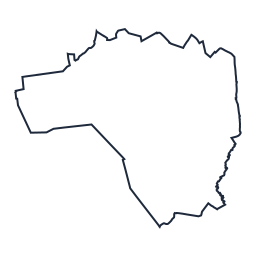 the district of Veldhoven, Noord-Brabant, Netherlands
{"feature_id": "6326949B72030349627304", "entity_name": "Veldhoven", "entity_type": "district", "adm_level": 2, "iso_a3": "NLD", "parent_name": "Netherlands", "parent_adm1": "Noord-Brabant", "projection": "albers", "projection_center": [5.404, 51.408], "detail": "fine", "context": "isolated", "style": "outline", "palette": "slate", "viewbox_px": 256, "rotation_deg": 0, "n_neighbors": 0, "source": "geoboundaries", "source_scale": "gbopen_adm2", "svg_char_len": 5402}
<svg xmlns="http://www.w3.org/2000/svg" viewBox="0 0 256 256"><path d="M159.7,226.9L159.9,226.4L160.1,226.0L160.5,225.4L160.8,225.1L161.3,224.7L162.1,224.2L163.1,223.6L163.6,223.3L163.9,223.3L164.1,223.3L164.4,223.3L165.0,223.6L165.7,223.9L166.2,224.0L166.8,224.0L167.3,224.0L167.8,223.9L168.1,223.7L168.6,223.3L170.4,221.6L170.9,221.0L171.1,220.9L171.5,220.4L171.5,220.2L172.2,219.1L172.6,218.7L173.7,217.7L174.0,217.4L174.1,216.9L174.2,216.3L174.2,214.1L174.3,213.8L174.4,213.6L174.8,213.0L176.0,213.3L176.3,213.2L176.5,213.0L178.2,213.1L182.6,213.7L186.6,214.4L198.5,216.3L201.1,215.4L201.4,214.5L202.0,211.7L208.3,203.3L211.5,205.8L212.7,206.3L213.9,207.3L214.3,207.5L215.4,208.1L217.2,209.3L217.8,208.7L225.1,204.7L224.8,204.4L224.5,204.1L224.2,203.5L223.9,203.2L223.6,203.0L223.3,202.5L223.3,202.3L223.4,202.2L224.3,201.6L224.5,201.5L224.5,201.4L224.3,201.2L223.8,201.0L223.3,200.5L223.2,200.5L222.9,200.6L222.5,200.5L222.3,200.3L221.9,199.9L221.8,199.7L221.9,199.4L223.2,197.9L223.4,197.5L223.3,197.4L223.2,197.4L222.8,197.5L222.4,197.9L222.2,198.3L221.8,198.3L221.6,198.1L221.6,197.9L221.8,197.5L222.4,196.8L222.8,196.3L223.0,196.0L223.0,195.9L222.8,195.8L222.6,195.8L221.8,196.0L221.4,196.0L220.7,195.6L220.4,195.3L220.2,195.0L220.9,194.7L220.9,194.4L220.3,193.4L220.0,192.8L219.8,192.8L219.5,193.0L219.4,193.1L219.1,193.1L218.9,193.0L218.7,192.8L218.4,192.5L218.1,191.8L217.8,191.4L217.1,190.9L216.8,190.7L216.7,190.4L216.7,189.4L216.7,189.2L216.8,189.1L217.8,188.6L218.0,188.2L218.1,187.9L218.2,187.6L218.1,187.3L218.0,187.0L217.9,186.9L217.5,186.8L216.3,186.9L216.2,186.8L216.1,186.7L216.4,186.2L216.5,186.0L217.1,185.5L217.6,185.1L217.7,184.9L217.7,184.7L216.9,183.7L216.8,183.4L217.3,182.7L217.8,181.7L218.0,181.4L218.8,181.4L219.0,181.3L219.2,181.0L219.5,180.3L219.6,180.2L219.8,180.1L220.0,179.9L220.2,179.4L220.5,178.8L221.2,178.2L221.3,178.2L221.4,177.9L221.3,177.6L220.4,177.6L220.2,177.4L220.2,177.2L220.5,177.0L223.5,175.6L224.1,175.3L224.3,174.9L224.5,173.9L224.3,173.1L224.3,172.6L224.5,172.2L225.1,171.5L225.3,171.2L225.3,170.9L225.5,170.5L225.7,170.3L226.1,170.0L226.5,169.5L227.2,168.2L227.0,167.9L226.8,167.9L226.4,168.1L225.9,168.1L225.6,168.1L225.5,167.8L225.4,167.5L225.5,167.2L225.7,166.8L225.8,166.4L225.5,165.9L225.3,165.6L225.3,165.4L225.4,165.1L225.8,164.7L225.7,164.0L225.3,162.8L225.3,162.7L227.2,160.2L228.1,159.5L228.5,159.1L228.7,158.6L229.0,157.5L229.0,157.3L228.9,157.3L228.1,157.1L227.9,157.0L227.8,156.8L227.8,156.6L228.2,156.2L228.5,156.1L229.1,155.9L229.3,155.7L229.6,155.5L229.8,155.1L229.7,154.9L228.9,155.0L228.8,154.9L228.7,154.8L228.7,154.3L228.7,153.9L228.8,153.4L229.1,153.1L230.1,151.8L230.7,150.7L231.1,150.0L231.2,149.9L231.6,149.9L232.1,150.1L232.5,149.9L232.5,148.9L232.5,148.7L232.6,148.4L232.8,147.9L234.1,146.8L234.5,146.3L234.8,145.9L234.3,145.1L234.4,144.8L235.0,144.5L235.4,144.2L235.6,143.9L235.1,143.2L234.6,142.6L234.4,142.3L232.8,139.8L231.5,137.9L236.1,136.7L236.7,136.5L238.3,135.8L238.8,135.4L239.5,134.8L239.9,134.3L240.4,133.5L240.6,133.1L240.6,132.7L240.6,132.3L240.5,132.0L240.4,131.9L240.1,131.8L240.0,131.6L239.9,131.1L239.8,130.2L239.8,128.8L240.0,127.0L239.9,125.3L240.0,124.6L240.0,124.0L239.7,120.1L239.8,119.9L239.7,119.8L239.7,119.2L239.7,118.8L239.6,118.5L239.5,118.2L239.4,116.6L239.5,116.4L239.7,116.2L239.8,116.2L239.8,115.7L239.5,115.6L239.4,115.5L239.4,115.4L238.8,112.0L238.2,106.8L237.9,105.4L238.0,104.9L237.9,104.7L237.7,104.1L237.6,103.6L236.9,102.2L236.7,101.7L236.2,99.4L235.8,99.3L235.7,98.1L236.3,98.0L236.4,97.5L236.4,97.3L236.2,94.9L236.2,94.4L236.3,93.8L236.5,92.7L236.7,91.3L236.7,90.4L236.7,88.5L236.5,85.8L236.4,84.2L236.5,83.7L236.6,83.0L236.8,82.8L236.8,82.0L236.7,82.0L236.3,81.8L236.3,81.7L236.0,76.8L235.6,73.4L235.6,72.3L235.2,67.8L234.8,65.1L234.7,63.9L234.6,61.8L234.6,60.2L234.5,58.1L234.4,57.0L234.3,56.7L234.0,56.5L232.0,54.3L231.2,53.6L228.9,52.3L228.3,52.1L224.9,50.4L222.7,49.1L221.0,48.3L219.8,48.5L219.5,48.7L215.6,52.6L214.7,51.9L210.3,57.1L205.5,53.1L202.8,41.3L201.5,41.9L199.4,43.2L197.4,39.9L196.8,39.2L196.2,38.5L195.3,37.7L194.1,36.7L193.8,36.5L191.9,35.1L191.4,34.8L187.9,40.6L187.6,40.9L187.0,41.6L184.7,45.1L183.8,46.7L183.2,47.9L171.6,43.9L171.0,43.7L170.7,43.4L170.1,42.9L169.8,43.0L169.4,42.8L169.2,42.6L169.1,42.4L169.0,42.2L169.0,41.8L167.2,39.9L163.6,36.1L160.6,33.3L160.1,33.0L159.5,32.8L159.1,32.7L158.4,32.8L157.7,33.0L157.1,33.3L156.7,32.6L141.5,41.2L140.6,36.4L128.7,33.2L127.9,32.3L124.9,29.1L118.4,30.6L118.1,30.8L117.7,31.3L116.2,33.7L116.0,34.8L116.3,37.6L109.9,40.1L109.7,40.1L107.1,40.0L107.2,38.3L107.1,38.1L106.9,37.9L103.8,35.9L103.7,36.0L97.1,31.8L96.8,31.6L96.6,31.3L96.4,32.9L95.9,35.9L94.8,40.5L94.7,40.7L94.2,41.0L94.3,42.4L94.6,43.5L94.5,43.8L94.4,44.3L94.2,44.6L93.7,45.5L93.2,46.1L92.9,46.4L91.5,47.6L91.2,47.8L90.6,48.0L89.9,47.9L89.2,48.0L88.9,48.1L88.6,48.3L88.4,48.6L88.0,49.0L86.7,50.5L85.3,52.2L83.6,53.5L83.1,53.5L80.8,55.4L79.7,56.1L79.6,56.3L79.1,56.8L78.4,58.4L77.9,59.3L77.7,59.4L76.3,60.0L76.1,60.1L75.5,60.6L74.5,59.9L74.1,54.4L68.8,54.1L68.4,54.0L67.8,53.8L68.3,58.6L69.8,65.4L67.1,66.7L62.9,71.3L22.4,76.9L23.6,89.1L15.9,90.8L16.2,91.4L15.4,92.2L15.5,92.3L16.2,98.6L17.2,98.7L18.0,105.3L30.8,132.7L46.5,132.4L53.5,128.8L64.3,127.5L91.5,124.5L109.4,143.4L122.5,157.1L124.3,159.1L122.8,159.9L125.4,169.5L129.8,186.6L130.2,188.3L136.4,196.5L159.1,225.9L159.2,226.3L159.7,226.9Z" fill="none" stroke="#1e293b" stroke-width="2"/></svg>